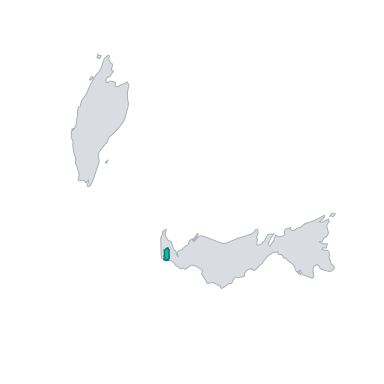 location of Serian, Sarawak, Malaysia, rotated 38°
{"feature_id": "92858781B75054597710860", "entity_name": "Serian", "entity_type": "district", "adm_level": 2, "iso_a3": "MYS", "parent_name": "Malaysia", "parent_adm1": "Sarawak", "projection": "equal_earth", "projection_center": [110.645, 1.147], "detail": "fine", "context": "in_parent", "style": "filled", "palette": "teal", "viewbox_px": 384, "rotation_deg": 38, "n_neighbors": 0, "source": "geoboundaries", "source_scale": "gbopen_adm2", "svg_char_len": 4713}
<svg xmlns="http://www.w3.org/2000/svg" viewBox="0 0 384 384"><g transform="rotate(38 192 192)"><path d="M323.8,190.5L321.8,190.0L319.0,187.7L316.1,186.9L307.8,186.9L306.6,186.2L305.0,187.5L302.1,186.3L300.4,186.5L298.6,187.9L296.0,186.6L294.7,188.7L293.0,190.0L291.2,195.6L290.9,202.3L291.2,206.4L290.4,208.6L290.1,213.3L289.4,215.4L287.1,216.3L286.1,215.6L284.0,218.4L283.5,219.6L283.4,224.1L285.0,225.6L285.0,226.6L281.6,230.4L278.6,232.5L278.1,234.5L279.3,238.5L278.8,240.4L277.3,241.3L276.1,246.4L274.7,249.7L274.2,250.0L272.1,249.0L264.2,250.4L261.9,253.1L259.7,254.8L257.9,253.2L257.0,253.3L249.7,250.4L249.4,247.9L248.6,247.5L241.1,247.7L236.3,250.3L234.6,256.8L232.1,257.4L230.2,259.7L226.9,259.4L224.9,260.0L221.7,259.0L218.7,258.8L209.0,263.0L205.9,260.0L196.5,248.5L195.2,246.5L194.9,242.9L193.8,242.3L193.5,241.4L193.3,240.3L194.8,237.4L196.3,241.1L198.6,243.2L202.7,244.6L206.5,244.2L211.8,247.9L213.5,248.5L215.4,248.3L218.7,251.2L220.7,251.3L218.0,249.3L217.5,247.7L217.8,246.1L219.6,243.8L219.8,240.2L221.1,236.6L221.4,235.0L220.5,233.7L220.2,231.5L221.0,228.5L222.8,230.1L224.3,229.7L224.3,224.1L225.4,221.8L227.2,220.1L245.3,214.6L248.3,213.3L250.3,211.6L256.8,199.9L264.5,188.9L265.6,185.1L265.5,182.3L266.0,181.7L266.8,181.3L268.5,182.7L269.4,183.8L271.0,188.5L272.5,188.7L275.1,193.2L275.6,193.7L276.4,193.4L278.4,190.6L278.9,188.4L278.5,188.1L279.4,185.7L278.6,184.1L277.9,178.6L282.4,174.6L282.4,179.1L283.7,185.7L286.0,186.7L287.2,186.3L286.5,184.3L286.3,180.4L285.7,177.8L284.2,174.6L288.0,173.9L291.0,170.3L291.4,168.2L289.5,166.8L288.8,165.2L288.7,163.4L291.7,159.2L292.1,160.4L293.9,160.7L294.9,160.7L296.2,159.0L296.8,156.6L299.1,153.1L300.4,147.7L306.1,139.2L310.6,128.9L311.5,129.8L311.8,132.5L310.8,137.3L312.9,136.1L316.3,129.4L318.3,130.5L318.2,132.4L319.0,135.8L324.8,140.2L325.6,144.6L324.3,146.3L324.8,150.5L324.3,151.8L322.5,153.1L327.6,151.8L330.6,149.4L332.4,153.5L329.5,155.2L330.1,157.0L332.9,155.9L334.6,154.5L336.3,154.8L338.9,156.5L339.7,157.4L340.2,159.5L342.2,160.2L346.1,163.0L349.7,163.0L351.0,164.4L350.9,168.1L349.0,170.2L341.6,173.2L339.6,173.1L336.8,172.0L334.9,172.6L333.7,176.1L335.9,179.6L339.8,183.3L340.3,184.2L339.6,186.0L330.8,188.8L329.0,188.5L325.8,186.8L323.8,190.5ZM40.7,140.9L41.7,135.9L43.0,135.6L44.4,138.5L49.0,140.8L50.4,140.1L51.0,140.5L51.6,141.2L52.9,145.2L55.8,145.2L56.1,151.5L54.8,153.9L54.6,155.5L56.7,158.5L58.0,157.8L59.0,155.1L63.9,152.6L65.9,155.4L67.7,155.4L69.0,154.4L70.1,151.0L72.0,148.4L72.8,145.3L75.6,146.1L76.7,146.8L79.8,153.5L83.9,158.3L87.0,160.9L88.8,163.5L94.0,175.7L94.6,179.6L94.8,185.7L94.0,194.8L93.0,199.3L93.2,201.5L94.5,204.7L94.1,207.9L94.2,217.6L95.8,221.1L100.3,225.3L106.8,244.1L108.0,249.4L107.3,251.4L106.1,251.9L105.1,250.9L104.5,248.3L103.0,246.3L103.1,250.0L100.3,249.5L98.3,250.1L96.0,252.6L94.8,252.7L92.8,248.0L85.4,242.6L82.6,241.2L79.7,237.1L73.2,232.6L69.0,228.2L67.3,225.5L63.0,223.1L61.2,220.2L59.4,218.7L60.4,215.9L59.5,210.6L56.5,205.8L55.0,202.5L52.2,199.1L50.1,195.0L51.4,193.7L49.2,189.3L48.5,186.1L48.5,180.0L46.2,171.4L44.3,159.6L44.7,155.4L44.3,150.9L40.7,140.9ZM316.5,125.0L315.5,126.2L315.2,123.0L316.6,121.4L318.5,121.0L318.5,123.9L318.1,124.7L316.5,125.0ZM36.3,140.4L37.4,142.7L36.6,144.1L35.9,143.7L34.6,144.8L33.2,142.5L33.0,141.4L34.7,141.6L36.3,140.4ZM223.4,228.9L222.9,229.2L222.1,228.5L221.9,221.8L222.5,221.2L223.2,222.5L223.4,228.9ZM44.1,163.4L42.9,166.6L41.7,166.2L41.9,162.6L42.6,162.2L44.1,163.4ZM328.8,190.2L326.6,190.6L325.0,190.6L325.2,188.8L326.0,188.5L328.8,190.2ZM106.9,222.0L105.7,222.1L105.4,221.2L106.3,218.9L106.9,222.0ZM59.8,216.4L58.9,216.8L59.1,215.4L59.7,214.7L59.8,216.4Z" fill="#d9dde1" stroke="#a8b0b8" stroke-width="1"/><path d="M206.0,255.0L208.3,257.6L209.1,258.7L209.2,258.9L209.3,259.3L209.4,259.7L209.5,260.0L210.4,260.3L211.1,260.3L211.1,261.9L211.3,262.0L211.3,262.4L211.4,262.6L211.6,262.6L211.9,262.6L212.1,262.4L212.3,262.2L212.5,262.0L212.9,262.0L213.0,262.0L213.1,261.7L213.2,261.4L213.3,261.4L213.5,261.6L213.5,261.8L213.6,262.0L213.9,262.0L214.0,261.8L214.0,261.6L213.9,261.4L213.9,261.1L214.0,261.0L214.3,261.0L214.6,261.0L214.7,260.9L214.8,260.8L214.8,260.7L215.1,260.4L214.8,259.5L214.8,259.4L215.0,259.2L214.9,258.8L214.9,258.6L214.8,258.4L214.7,258.2L214.4,257.9L214.4,257.7L214.4,257.4L214.1,257.3L213.9,257.2L213.7,257.0L213.5,256.8L213.5,256.6L213.0,256.1L211.2,254.0L210.7,253.2L209.6,251.7L209.4,251.7L209.2,251.7L209.1,251.8L208.7,251.9L208.3,251.6L208.1,251.4L207.9,251.4L207.8,251.0L207.7,250.9L207.4,251.0L207.0,251.2L206.9,251.4L206.8,251.8L206.8,252.0L206.7,252.5L206.5,252.9L206.4,253.1L206.3,253.5L206.2,253.9L206.2,254.3L206.2,254.6L206.1,254.9L206.0,255.0Z" fill="#14b8a6" stroke="#0f766e" stroke-width="1.5"/></g></svg>